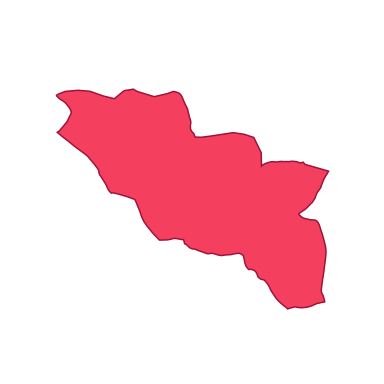 Beausejour, Gros Islet, Saint Lucia (Mercator projection), rotated 12°
{"feature_id": "8701671B92902112367309", "entity_name": "Beausejour", "entity_type": "district", "adm_level": 2, "iso_a3": "LCA", "parent_name": "Saint Lucia", "parent_adm1": "Gros Islet", "projection": "mercator", "projection_center": [-60.935, 14.076], "detail": "fine", "context": "isolated", "style": "filled", "palette": "rose", "viewbox_px": 384, "rotation_deg": 12, "n_neighbors": 0, "source": "geoboundaries", "source_scale": "gbopen_adm2", "svg_char_len": 5816}
<svg xmlns="http://www.w3.org/2000/svg" viewBox="0 0 384 384"><g transform="rotate(12 192 192)"><path d="M324.0,198.8L323.7,198.4L323.3,197.8L322.9,197.1L322.4,196.6L322.0,196.0L321.5,195.5L321.0,195.1L320.5,194.8L320.0,194.4L319.5,194.2L318.8,194.0L318.1,193.9L317.4,193.9L316.7,194.0L316.1,194.2L315.4,194.3L314.8,194.4L314.2,194.4L313.6,194.5L313.0,194.5L312.4,194.5L311.9,194.6L311.4,194.6L310.9,194.5L310.4,194.5L310.0,194.5L309.5,194.5L309.0,194.5L308.5,194.5L308.1,194.5L307.6,194.4L307.0,194.4L306.4,194.3L305.9,194.2L305.3,194.0L304.7,193.7L304.2,193.5L303.8,193.3L303.3,193.0L302.9,192.8L302.4,192.5L301.9,192.2L301.5,191.8L301.1,191.5L301.1,190.9L302.6,189.2L304.0,187.8L306.4,185.3L308.3,182.6L308.9,181.7L309.0,181.4L309.7,180.3L310.3,179.4L311.2,178.0L312.0,177.0L312.0,176.7L312.3,175.8L312.7,174.9L313.1,173.9L313.5,172.8L313.8,171.7L313.8,170.7L313.9,169.8L314.2,168.4L314.3,167.6L314.6,166.6L314.9,165.9L315.5,164.5L315.8,163.7L316.3,162.7L316.6,161.9L316.9,161.3L317.0,160.7L317.1,159.6L317.2,158.5L317.4,157.8L317.6,156.2L317.9,154.5L318.0,153.4L318.3,152.2L318.5,151.4L318.9,150.3L319.1,149.5L319.6,148.1L319.9,147.3L320.3,146.3L320.5,145.5L321.0,144.0L321.3,143.2L296.7,141.5L296.1,141.0L294.9,139.9L294.4,139.7L293.4,140.3L292.4,141.0L291.2,140.9L290.3,140.9L289.3,140.8L288.4,140.6L287.1,140.6L286.7,140.7L285.7,140.8L284.3,141.0L283.2,141.1L282.6,141.4L281.6,141.7L280.3,142.2L279.4,142.4L278.4,142.5L277.5,142.7L276.1,143.0L275.4,143.2L273.6,143.4L272.2,143.7L268.6,145.0L268.0,145.1L267.0,145.3L266.2,145.3L264.8,145.5L263.9,145.7L262.9,146.0L262.1,146.5L260.8,147.2L258.9,148.2L258.4,148.6L257.2,149.3L256.6,149.8L256.3,150.1L255.8,150.6L255.2,151.4L254.6,152.2L251.5,139.1L241.1,125.8L231.0,124.7L219.9,125.4L198.4,133.5L189.8,136.5L183.7,137.6L182.0,135.3L181.8,134.6L180.9,134.0L180.0,133.5L179.1,132.6L178.4,131.9L177.7,131.2L177.4,130.5L177.0,129.1L176.8,128.1L176.6,127.1L176.6,126.2L176.4,124.8L176.3,123.9L176.0,122.9L175.6,122.3L174.9,120.8L174.4,120.1L173.9,119.2L173.6,118.4L172.9,117.1L172.6,116.3L172.1,115.5L171.7,114.6L171.1,113.2L170.7,112.6L170.3,111.5L169.8,110.9L168.8,109.7L168.4,109.1L167.7,108.3L167.1,107.6L165.3,105.1L164.8,104.4L164.2,103.6L163.8,102.9L163.0,101.8L162.6,101.1L161.8,100.3L161.1,99.5L160.5,99.0L160.0,98.7L159.3,98.3L158.4,97.9L157.5,97.7L156.0,97.6L155.2,97.6L154.4,97.5L152.9,97.5L147.2,101.0L135.3,106.6L117.8,105.1L113.1,103.6L109.2,105.3L108.4,105.5L107.2,105.9L106.4,106.2L105.5,106.7L104.7,107.1L103.6,108.1L103.0,108.8L102.4,109.7L101.8,110.4L100.9,111.5L100.4,112.2L99.8,113.0L99.2,113.6L98.3,114.8L97.7,115.5L97.1,116.3L96.6,116.9L85.2,116.5L71.2,114.7L59.4,116.2L47.2,119.9L41.1,123.9L39.4,125.5L39.5,126.1L43.1,128.4L46.4,129.6L49.1,130.8L50.7,132.0L54.0,134.6L56.0,136.8L57.3,138.8L57.3,141.0L56.5,143.8L55.8,146.7L55.1,149.2L53.6,152.2L51.9,155.5L49.4,160.0L47.8,161.6L54.1,165.0L60.8,168.2L65.4,170.6L68.1,172.0L77.7,176.3L79.9,177.3L81.6,178.2L83.4,179.4L85.0,180.7L91.4,185.7L91.8,186.1L95.2,189.1L96.5,190.7L96.8,192.2L98.1,194.3L99.8,195.9L101.9,198.0L104.1,200.3L106.7,203.1L109.0,206.4L111.3,208.7L112.9,209.6L113.3,209.9L114.9,209.2L120.0,209.3L124.1,209.6L130.2,210.1L134.9,210.8L137.4,211.1L139.3,213.3L141.4,216.5L143.1,218.9L145.1,221.9L146.2,223.8L147.9,226.8L149.3,228.5L151.0,230.8L152.7,232.4L154.6,234.2L156.1,235.5L157.5,236.7L159.1,237.8L160.7,239.2L162.5,240.6L163.6,241.4L165.4,242.6L168.2,244.5L170.0,245.7L170.3,245.8L176.1,244.4L178.3,243.8L181.5,242.4L184.0,241.1L186.3,240.8L188.8,240.7L190.0,240.7L191.8,240.7L193.2,240.4L193.4,240.3L193.6,240.3L195.6,244.2L197.0,244.4L199.3,245.7L201.3,247.0L203.3,247.5L205.2,247.5L206.8,247.2L209.4,247.8L214.6,248.5L217.5,248.9L220.1,249.2L222.4,248.5L223.9,247.8L227.0,247.8L230.4,248.2L233.9,248.1L238.2,246.5L242.7,245.3L246.9,243.4L250.8,242.1L253.6,242.6L255.2,243.5L255.7,244.1L257.2,247.2L258.0,249.3L259.2,251.7L260.8,253.9L263.4,256.0L266.0,255.4L269.1,255.7L271.3,257.1L273.1,259.4L273.8,260.9L275.4,262.1L277.3,262.9L280.9,263.1L283.3,264.8L285.8,266.9L288.2,269.9L289.9,272.2L292.4,274.6L295.8,278.0L299.2,280.6L301.4,281.9L304.0,283.4L305.9,284.3L307.7,285.1L310.0,286.5L310.4,286.2L310.8,285.9L314.0,284.2L316.6,282.9L319.9,282.9L323.5,282.4L328.7,280.7L333.1,278.3L337.1,275.3L342.8,272.6L344.6,272.0L344.5,271.2L341.7,265.9L341.5,265.7L341.2,265.4L340.9,265.0L340.6,264.7L340.4,264.4L340.1,264.1L339.9,263.8L339.7,263.4L339.6,263.0L339.4,262.6L339.2,262.3L339.1,261.9L339.0,261.5L338.9,261.1L338.8,260.7L338.7,260.2L338.7,259.8L338.6,259.3L338.6,258.7L338.6,258.2L338.5,257.7L338.5,257.2L338.4,256.6L338.4,256.0L338.3,255.4L338.3,254.7L338.2,254.1L338.2,253.4L338.1,252.8L338.1,252.1L338.0,251.5L338.0,250.9L337.9,250.2L337.9,249.6L337.8,249.0L337.8,248.4L337.8,247.7L337.8,247.1L337.7,246.5L337.7,245.9L337.7,245.3L337.7,244.8L337.6,244.2L337.6,243.6L337.5,243.1L337.5,242.6L337.5,242.0L337.4,241.3L337.3,240.7L337.3,240.1L337.2,239.5L337.2,238.9L337.2,238.4L337.1,237.9L337.0,237.3L337.0,236.8L336.9,236.2L336.9,235.6L336.9,235.0L336.8,234.5L336.8,233.9L336.7,233.3L336.7,232.7L336.6,232.1L336.6,231.5L336.5,230.8L336.5,230.2L336.4,229.6L336.3,229.0L336.3,228.3L336.2,227.7L336.1,227.0L336.1,226.4L336.0,225.8L335.9,225.1L335.8,224.5L335.7,223.9L335.6,223.2L335.5,222.6L335.3,222.0L335.2,221.5L335.0,220.9L334.8,220.3L334.7,219.7L334.5,219.1L334.2,218.5L334.0,217.8L333.7,217.1L333.4,216.5L333.1,215.8L332.8,215.2L332.5,214.5L332.1,213.9L331.8,213.2L331.5,212.6L331.2,212.0L330.9,211.4L330.6,210.8L330.3,210.2L330.0,209.6L329.7,209.1L329.4,208.5L329.2,208.0L328.9,207.4L328.6,206.8L328.3,206.3L328.1,205.9L327.9,205.6L327.7,205.2L327.4,204.7L327.0,204.2L326.7,203.7L326.4,203.2L326.1,202.7L325.9,202.2L325.6,201.8L325.4,201.3L325.1,200.8L324.8,200.3L324.5,199.8L324.1,199.1L324.0,198.8Z" fill="#f43f5e" stroke="#9f1239" stroke-width="1.5"/></g></svg>